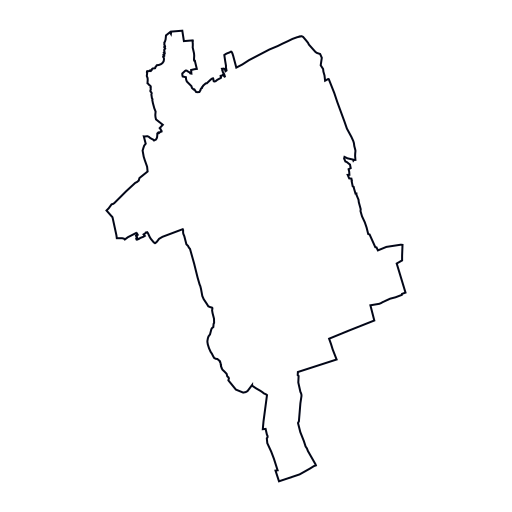 the district of Radesti, Galati, Romania
{"feature_id": "2599482B86347872402949", "entity_name": "Radesti", "entity_type": "district", "adm_level": 2, "iso_a3": "ROU", "parent_name": "Romania", "parent_adm1": "Galati", "projection": "mercator", "projection_center": [27.788, 46.057], "detail": "fine", "context": "isolated", "style": "outline", "palette": "ink", "viewbox_px": 512, "rotation_deg": 0, "n_neighbors": 0, "source": "geoboundaries", "source_scale": "gbopen_adm2", "svg_char_len": 5903}
<svg xmlns="http://www.w3.org/2000/svg" viewBox="0 0 512 512"><path d="M315.9,465.4L315.5,464.3L307.9,451.0L306.9,448.4L305.6,446.5L303.9,441.2L300.3,432.1L298.0,423.0L298.9,421.3L300.4,403.2L301.5,395.9L301.4,394.5L301.0,393.1L300.4,391.9L298.3,382.5L298.6,376.0L297.7,375.1L297.9,372.0L336.6,359.5L332.7,349.5L331.0,344.0L329.1,338.7L348.6,330.7L374.3,320.5L370.4,305.3L379.3,303.8L381.2,303.0L382.5,302.2L390.1,298.7L395.5,297.3L401.8,294.9L402.0,293.9L405.5,292.6L396.7,263.5L402.1,260.4L402.1,255.8L402.5,244.9L400.8,244.7L386.4,246.9L377.9,250.4L376.5,247.4L375.3,247.2L369.6,234.5L368.2,234.0L366.6,227.6L364.8,222.3L362.0,216.3L360.5,211.1L360.7,209.2L358.8,202.2L358.5,199.7L356.5,194.9L356.4,193.5L355.5,193.6L354.0,188.5L353.7,186.9L352.7,186.3L351.6,180.9L351.9,180.7L351.4,178.6L349.2,178.4L347.7,174.9L349.4,174.8L349.2,171.7L348.6,169.2L350.7,168.1L350.0,164.6L346.7,162.0L345.4,161.5L344.1,158.5L344.5,156.9L347.4,158.3L353.1,159.6L353.4,160.6L353.9,160.0L355.4,159.9L355.1,155.8L355.2,153.5L355.4,151.6L355.4,150.3L354.3,146.1L353.9,143.1L353.3,141.1L351.4,136.9L346.9,128.6L344.5,121.7L337.3,102.1L334.3,93.1L328.8,79.2L328.2,79.0L325.1,80.7L324.5,75.5L323.4,71.6L323.1,69.0L320.7,65.3L321.8,57.8L320.4,54.6L320.1,54.0L316.8,52.9L315.4,51.9L308.9,44.6L308.0,42.8L306.0,40.3L303.1,36.9L301.6,36.2L300.7,36.3L300.8,36.4L297.2,37.2L292.5,38.9L287.6,41.3L282.6,43.6L277.8,46.0L269.4,49.5L249.1,60.1L242.3,64.5L236.3,67.6L233.2,55.9L232.4,53.4L231.8,52.2L231.4,51.7L231.0,51.6L229.6,52.4L227.0,53.4L225.8,54.0L224.3,55.0L225.1,60.5L226.0,65.9L225.9,67.2L226.5,70.5L225.5,71.2L224.8,69.0L224.1,68.9L223.7,68.6L222.0,68.8L222.3,69.6L222.2,70.1L222.6,70.5L222.7,71.0L222.6,71.3L222.8,72.0L224.2,74.2L225.1,77.2L224.1,76.2L223.3,74.6L222.9,74.6L222.3,75.4L221.7,75.8L221.3,75.9L221.0,75.7L220.6,75.9L221.0,77.5L220.9,77.9L217.3,79.8L215.6,81.2L214.4,81.5L214.0,81.4L213.6,81.0L213.3,78.9L213.0,78.3L212.1,78.6L210.8,79.5L206.8,83.3L205.7,83.4L203.1,85.7L202.8,86.5L202.3,86.8L202.1,87.1L201.9,88.1L201.3,88.3L201.0,88.7L200.6,89.4L200.5,90.1L199.4,92.0L197.5,92.2L196.1,92.0L194.4,89.4L193.8,89.6L192.0,88.0L191.4,86.1L187.0,81.7L186.7,81.2L186.3,80.1L186.0,78.8L185.9,77.2L182.7,76.5L182.3,74.9L182.3,73.5L185.1,70.9L185.8,70.5L186.7,70.6L187.3,71.1L189.7,72.5L190.3,73.4L191.4,73.6L191.1,70.0L194.5,69.2L196.8,68.9L195.0,61.4L194.9,60.7L194.7,60.5L194.2,60.6L194.1,60.4L194.0,59.5L194.2,55.7L194.0,53.3L192.7,47.5L192.8,45.3L192.8,43.7L192.6,41.8L192.9,41.0L192.7,40.4L183.9,41.1L182.3,30.7L171.2,31.6L170.9,33.8L170.0,32.2L166.0,35.4L165.6,39.4L164.9,41.8L164.5,42.2L164.3,42.6L164.3,43.2L164.5,44.0L164.3,44.5L164.6,45.3L165.0,46.0L165.1,46.6L165.0,46.8L164.3,46.8L164.2,47.1L165.0,48.1L165.2,48.6L164.3,49.5L164.4,50.0L164.2,50.6L164.5,51.7L164.5,52.0L164.0,52.4L164.7,53.0L164.8,53.2L164.7,53.6L164.2,53.7L164.1,54.3L163.5,54.5L163.4,54.7L163.6,55.0L164.2,55.3L164.3,55.9L164.2,56.0L163.8,55.9L163.4,56.1L163.2,56.5L163.1,56.8L163.6,57.5L163.9,58.2L164.0,59.1L163.9,59.9L163.6,61.4L162.4,63.1L160.9,64.2L158.8,65.0L156.9,65.2L156.5,65.6L156.2,66.3L155.5,66.9L155.3,67.7L155.1,68.2L154.7,68.3L152.7,68.5L152.0,69.1L151.8,69.7L151.5,69.9L151.5,70.2L151.1,70.4L150.9,70.8L150.3,70.5L150.1,71.0L149.3,70.8L148.8,71.2L148.1,71.3L147.3,71.1L147.0,71.3L146.9,72.7L147.1,73.1L147.1,73.6L146.8,75.9L147.0,76.7L147.4,77.4L147.6,78.4L147.7,79.9L147.5,83.3L148.3,83.9L148.9,84.7L150.4,85.9L150.7,86.4L150.8,87.2L150.5,87.6L150.7,88.3L150.8,89.4L150.4,90.3L150.4,90.8L150.6,91.2L150.5,91.5L151.4,92.5L151.6,92.9L151.7,93.4L151.4,94.4L151.4,95.0L151.5,95.2L151.9,98.1L152.5,99.2L152.3,100.1L152.9,103.1L154.3,108.3L155.6,111.6L155.3,115.0L155.5,117.2L156.0,119.4L162.8,124.8L159.7,128.1L160.7,129.3L160.7,129.7L161.6,131.0L161.6,131.5L160.0,132.1L158.9,133.1L158.3,132.5L157.3,133.5L157.3,134.6L157.2,136.2L157.0,137.5L156.7,138.3L156.0,139.5L154.0,140.5L152.9,139.4L151.7,138.9L149.9,137.8L149.1,137.0L148.1,136.5L147.3,136.2L144.7,136.5L143.8,136.4L145.7,143.7L144.2,145.6L143.5,147.6L142.6,150.6L143.7,156.7L144.7,159.9L147.1,166.7L147.6,171.5L139.5,178.0L138.9,179.8L138.8,180.5L137.0,182.0L135.2,182.9L126.1,191.3L114.2,203.2L112.9,204.0L111.6,204.3L108.7,208.3L106.5,210.5L111.8,216.5L112.2,216.7L112.6,217.7L116.4,235.2L116.8,238.2L122.1,238.2L123.9,238.6L124.8,239.5L127.9,237.2L136.1,233.0L136.5,233.7L137.0,233.5L137.7,234.8L136.0,235.7L136.5,236.9L136.9,236.8L137.1,237.3L137.2,237.9L136.5,238.1L136.2,238.6L136.6,239.6L136.9,239.7L138.9,238.9L140.4,237.9L143.3,236.8L144.8,235.9L143.6,234.4L145.9,232.9L145.9,232.5L147.2,232.2L148.0,233.3L149.8,237.2L150.8,238.8L153.7,242.3L155.0,243.2L155.3,243.1L156.9,241.7L159.1,238.8L162.5,236.8L182.7,229.2L183.1,230.1L183.1,232.4L183.3,233.8L184.3,236.2L186.4,244.3L188.0,245.9L188.4,246.6L188.8,247.5L190.0,248.9L194.1,263.5L197.6,277.6L199.6,284.5L200.3,286.1L201.0,288.9L202.3,296.0L203.7,299.2L206.9,304.0L208.3,306.3L210.1,307.1L212.0,307.6L212.3,307.9L212.4,308.3L212.1,310.5L212.6,313.3L214.0,318.7L214.1,322.9L213.6,323.8L213.3,327.1L212.2,327.9L211.4,329.1L210.0,334.4L208.5,336.4L207.9,338.2L207.4,341.0L207.4,341.9L207.8,344.4L209.0,348.2L210.6,351.8L211.9,353.7L213.2,356.3L214.2,358.0L215.8,358.8L217.4,359.0L219.8,361.1L219.7,361.3L219.8,361.5L220.1,361.7L220.1,362.3L220.5,362.9L220.6,363.2L220.7,364.4L221.0,364.7L220.9,365.1L221.0,365.2L221.0,365.6L221.1,365.9L221.0,366.6L221.5,367.3L221.7,367.9L221.7,368.3L222.5,369.7L223.1,370.3L224.3,371.4L226.6,373.8L227.3,376.4L228.5,377.4L228.9,378.4L228.7,379.0L228.4,380.4L235.9,389.6L243.2,392.6L245.7,392.1L247.5,391.1L252.1,385.0L252.1,385.4L252.6,386.0L256.0,388.3L260.5,390.9L262.7,392.4L263.7,393.3L266.1,394.4L267.0,395.1L263.5,421.4L262.8,429.2L265.6,428.9L266.9,434.6L267.6,436.1L267.5,437.4L266.8,438.3L267.3,443.2L271.2,451.6L273.9,458.7L277.6,470.3L275.5,470.6L279.0,481.3L299.6,474.4L309.9,468.6L313.9,466.1L315.9,465.4Z" fill="none" stroke="#020617" stroke-width="2"/></svg>